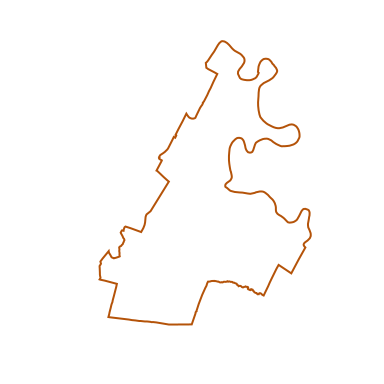 outline of Romanesti, Botosani, Romania, rotated 335°
{"feature_id": "2599482B29124151289433", "entity_name": "Romanesti", "entity_type": "district", "adm_level": 2, "iso_a3": "ROU", "parent_name": "Romania", "parent_adm1": "Botosani", "projection": "orthographic", "projection_center": [27.238, 47.723], "detail": "fine", "context": "isolated", "style": "outline", "palette": "amber", "viewbox_px": 384, "rotation_deg": 335, "n_neighbors": 0, "source": "geoboundaries", "source_scale": "gbopen_adm2", "svg_char_len": 6079}
<svg xmlns="http://www.w3.org/2000/svg" viewBox="0 0 384 384"><g transform="rotate(335 192 192)"><path d="M271.3,290.2L270.8,288.7L270.8,287.2L271.1,286.6L271.9,285.9L273.2,285.4L276.3,284.8L279.2,283.7L280.8,282.3L281.3,281.5L281.7,280.6L282.1,279.5L282.4,276.1L282.4,274.7L282.4,273.2L283.1,271.1L283.7,269.8L286.6,265.7L287.5,264.3L288.6,262.9L289.8,260.6L290.0,259.8L290.1,258.9L290.1,258.0L289.6,257.1L287.7,255.2L286.1,254.6L285.1,254.7L283.2,255.6L279.1,258.9L276.3,260.9L275.1,261.6L273.7,261.9L272.2,262.1L270.8,262.0L269.2,261.6L267.5,261.0L266.8,260.5L266.1,259.9L265.5,258.3L264.5,255.3L263.9,253.9L262.4,251.2L261.4,249.9L260.3,248.0L259.9,246.1L260.0,245.0L260.4,243.8L261.5,241.4L261.9,240.1L262.3,237.4L262.3,236.1L262.2,235.4L262.2,234.8L261.8,232.9L260.5,229.7L259.6,226.7L258.1,223.7L257.3,222.5L256.4,221.6L255.1,220.8L253.8,220.2L249.8,219.3L248.6,219.3L247.1,219.0L244.1,218.3L242.0,217.0L237.5,213.9L234.9,212.5L230.7,210.0L227.7,207.5L227.1,206.8L226.7,206.0L225.5,203.2L224.5,201.6L224.6,200.7L225.1,199.8L225.7,199.2L227.4,198.5L231.6,197.7L233.5,196.4L234.4,195.3L235.0,193.6L235.8,190.1L235.9,188.7L236.7,185.7L237.7,182.3L238.9,178.9L240.7,175.0L242.5,171.8L244.3,168.8L244.8,168.1L246.0,166.8L247.6,165.5L248.7,164.6L250.3,163.7L253.6,162.5L255.4,162.2L256.3,162.3L257.9,163.0L259.1,163.9L259.8,164.8L260.2,166.1L260.4,167.1L260.3,168.7L259.8,172.0L259.1,174.8L259.0,175.7L259.0,177.5L259.6,179.6L260.8,180.6L261.7,181.0L262.6,181.2L263.6,181.1L265.3,179.8L269.1,175.7L270.7,174.4L272.7,174.0L275.3,173.8L278.7,174.0L280.5,174.5L282.4,175.3L283.6,176.2L285.7,178.8L286.7,181.0L288.5,183.9L289.6,185.3L291.6,187.6L292.5,188.4L296.2,190.0L298.2,190.7L300.1,191.3L304.1,191.8L305.4,191.7L306.6,191.5L308.2,191.0L309.3,190.4L312.1,188.2L312.8,187.4L313.6,185.7L314.2,184.0L314.6,182.2L314.8,180.2L314.6,178.4L314.4,177.2L313.9,176.0L312.6,174.1L312.0,173.6L311.0,172.9L308.8,172.2L301.6,171.9L298.2,171.1L296.5,170.3L294.9,169.2L293.4,167.8L292.1,166.3L289.3,162.7L288.4,161.2L286.8,157.6L286.0,154.7L285.6,153.0L285.9,150.2L286.9,146.1L288.3,142.0L289.0,140.4L289.8,138.6L292.7,133.4L294.4,130.1L296.2,127.2L297.3,125.9L298.7,124.9L299.6,124.5L303.0,123.6L309.2,123.4L313.0,122.8L314.6,122.2L317.8,120.5L319.3,119.5L320.1,118.7L320.5,117.9L320.6,116.9L320.6,115.1L319.9,112.4L319.9,111.8L319.1,109.6L318.9,107.4L318.0,104.8L317.3,103.8L316.1,102.9L315.0,102.3L313.2,101.8L312.2,101.9L310.7,102.3L309.2,102.9L307.8,104.0L306.3,105.4L305.3,106.5L302.5,111.1L302.7,111.8L302.8,112.2L302.1,112.9L299.9,114.5L298.8,115.2L297.4,115.6L294.4,115.6L292.8,115.4L291.5,115.0L289.2,114.0L287.0,112.6L285.9,111.8L284.4,110.5L284.0,109.7L283.6,108.8L283.6,104.3L284.7,102.3L287.2,100.6L290.1,99.3L293.7,97.0L294.7,95.9L295.3,94.8L295.6,93.9L295.8,92.9L295.7,91.8L294.8,88.6L294.0,87.0L293.0,85.6L290.6,82.3L289.8,80.8L289.0,78.7L287.8,74.4L286.8,71.9L286.3,71.1L285.2,69.5L284.6,69.0L284.0,68.6L283.6,68.3L283.0,68.0L282.2,67.9L279.7,68.6L277.4,69.9L271.4,74.1L267.7,76.2L263.8,78.6L262.0,79.7L260.3,80.5L259.1,80.8L257.5,85.5L257.9,86.1L258.6,87.4L262.8,92.9L264.8,95.7L258.1,101.1L252.8,105.7L250.0,107.8L246.8,110.6L240.9,115.1L239.6,115.6L239.5,116.1L238.8,116.7L238.1,117.3L236.4,118.2L234.7,119.3L228.1,124.7L226.4,126.2L225.6,126.3L224.0,126.0L222.6,125.2L221.7,124.3L220.9,123.2L220.6,122.2L220.3,120.9L220.0,118.6L213.4,123.9L206.1,129.4L201.2,133.3L201.7,133.9L201.7,134.1L199.7,135.7L198.8,134.4L196.0,136.7L189.0,142.2L187.7,143.0L184.0,144.3L183.8,144.3L182.4,144.6L178.9,145.1L177.3,146.1L176.9,146.5L177.2,146.8L177.2,147.0L176.3,147.8L176.5,148.4L176.9,149.0L178.0,150.6L177.5,151.1L168.9,157.6L169.4,158.2L172.7,166.6L174.6,171.1L175.4,172.8L146.3,191.9L141.4,193.1L140.6,193.7L139.4,195.0L136.6,199.8L135.1,201.8L132.7,204.1L129.0,206.8L120.8,198.6L117.1,195.2L116.1,195.4L115.8,195.6L114.4,197.0L113.6,198.2L112.4,197.2L111.6,197.6L110.2,198.7L110.2,200.0L110.3,201.0L110.4,202.7L110.3,204.6L110.6,205.7L110.6,206.2L110.5,206.7L110.4,207.1L109.5,207.8L108.8,208.6L108.3,208.9L107.6,209.6L107.2,210.0L105.9,210.4L105.1,210.9L103.4,211.0L102.8,211.3L102.5,211.6L102.0,213.3L101.2,214.6L100.9,215.4L100.6,216.6L99.7,218.3L99.3,219.8L98.5,219.8L95.6,219.5L93.8,219.2L93.5,218.9L93.1,219.0L91.7,217.4L91.5,216.9L91.4,214.7L91.1,212.2L91.3,211.0L91.5,210.4L82.9,214.5L79.6,216.3L79.2,218.5L78.3,219.2L77.2,219.8L76.9,220.2L76.6,220.8L76.3,221.7L74.5,226.0L73.6,228.0L73.1,229.7L73.0,230.6L72.7,231.2L72.3,231.5L71.3,232.2L71.8,232.7L75.4,235.4L85.1,243.5L83.3,245.9L82.3,247.1L76.8,253.8L74.5,256.5L73.3,258.2L72.0,259.4L71.1,260.4L69.4,262.6L66.5,266.1L65.2,267.9L63.4,270.0L64.4,270.7L81.0,281.0L83.4,282.7L86.3,284.4L89.5,286.5L91.1,287.3L94.2,289.2L97.2,290.7L97.8,291.1L99.3,292.0L100.4,292.9L101.7,293.4L104.5,295.1L115.1,302.4L135.8,311.9L143.8,303.6L144.4,302.6L145.0,302.2L145.7,302.1L145.8,301.7L150.8,296.3L157.8,289.5L163.6,284.5L165.6,283.0L166.4,282.0L167.4,281.0L168.6,280.0L170.3,280.7L171.9,280.9L173.8,281.6L174.4,282.1L174.9,282.1L176.9,283.6L177.3,284.0L178.1,284.4L178.9,285.5L179.6,286.0L180.3,286.3L180.9,286.3L181.6,286.9L182.6,286.8L183.0,286.8L184.6,287.7L185.4,287.9L186.3,287.8L186.6,288.4L186.9,288.6L187.3,288.5L188.0,288.8L188.4,289.1L188.9,289.7L190.3,290.4L190.5,290.6L190.9,291.5L191.2,291.7L191.7,291.8L192.2,292.5L192.7,293.0L193.0,293.4L193.3,293.6L193.7,294.0L193.7,295.3L194.5,296.3L194.5,296.6L194.4,296.9L194.4,297.0L194.9,297.0L196.1,297.5L196.7,298.2L197.1,299.3L197.8,300.0L198.2,300.1L199.1,300.0L199.9,300.3L200.6,300.2L201.1,300.9L201.6,301.1L202.4,301.6L202.5,301.9L202.4,302.7L201.9,302.9L201.7,303.3L201.7,303.5L201.9,304.0L202.9,305.0L203.1,305.4L203.6,305.7L204.4,305.7L204.6,305.6L204.7,305.2L204.9,305.3L205.1,305.6L205.7,306.2L205.6,307.3L206.1,308.1L206.1,309.0L206.2,309.3L207.2,310.5L207.8,310.8L207.8,311.0L207.8,311.5L208.3,312.2L208.5,312.6L209.1,312.6L209.4,312.8L209.9,312.3L210.6,312.3L211.0,312.5L211.7,313.3L212.3,315.0L213.2,316.1L221.3,309.5L224.1,307.0L227.5,304.2L236.2,297.2L239.7,294.7L247.6,307.7L260.2,298.2L271.3,290.2Z" fill="none" stroke="#b45309" stroke-width="2"/></g></svg>